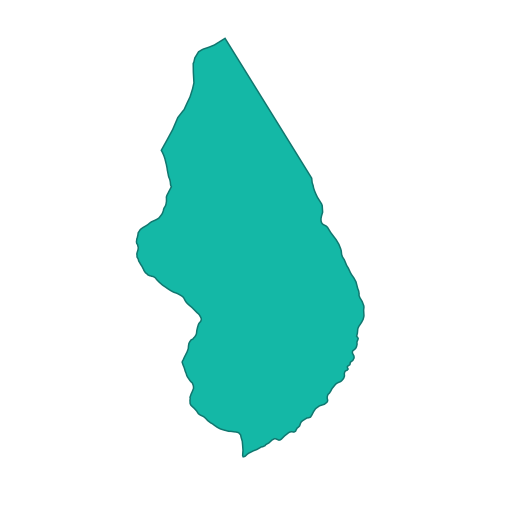 Bhur, Geylegphug, Bhutan, rotated 201°
{"feature_id": "84629894B14718080214922", "entity_name": "Bhur", "entity_type": "district", "adm_level": 2, "iso_a3": "BTN", "parent_name": "Bhutan", "parent_adm1": "Geylegphug", "projection": "mercator", "projection_center": [90.436, 26.926], "detail": "fine", "context": "isolated", "style": "filled", "palette": "teal", "viewbox_px": 512, "rotation_deg": 201, "n_neighbors": 0, "source": "geoboundaries", "source_scale": "gbopen_adm2", "svg_char_len": 5105}
<svg xmlns="http://www.w3.org/2000/svg" viewBox="0 0 512 512"><g transform="rotate(201 256 256)"><path d="M286.9,130.4L285.1,128.2L283.2,126.2L282.3,125.1L280.8,123.1L279.0,121.2L277.8,119.6L276.7,118.6L273.1,116.1L271.5,115.2L270.0,114.7L268.3,112.8L267.6,111.7L266.9,110.1L266.9,108.8L266.9,106.8L267.1,103.8L267.0,101.6L267.0,100.5L266.3,99.3L266.0,97.8L264.6,94.6L263.2,93.3L261.0,92.4L259.2,91.7L258.0,91.1L256.8,90.5L255.5,89.8L254.4,88.9L253.2,88.1L251.8,87.7L250.4,87.5L249.0,87.4L247.6,87.3L246.2,86.9L244.9,86.4L243.6,85.8L242.3,85.1L241.0,84.7L239.6,84.3L238.2,83.9L236.8,83.8L235.4,83.4L234.1,83.0L232.7,82.7L231.3,82.3L229.9,82.1L228.5,81.9L227.1,81.8L225.6,81.9L224.2,82.0L222.8,82.1L221.4,82.3L220.0,82.4L218.5,82.6L217.2,83.1L215.8,83.5L214.4,83.8L213.1,84.1L211.7,84.5L210.3,84.7L208.9,84.8L206.3,83.5L204.8,81.2L202.4,78.1L201.0,75.2L200.1,73.3L198.5,69.9L197.5,66.6L196.9,64.8L196.0,63.9L195.1,64.5L194.3,65.3L193.3,67.5L192.3,69.1L188.5,73.3L185.9,75.6L182.4,79.9L181.4,80.3L179.6,82.2L179.2,83.5L177.0,86.1L175.0,90.1L173.2,92.1L172.0,92.4L168.7,92.3L167.7,92.8L166.7,94.1L164.8,98.4L163.3,100.9L162.3,102.6L161.5,103.6L159.9,104.7L157.5,105.2L156.3,106.6L156.2,108.2L155.9,110.1L155.1,111.4L154.4,113.0L154.5,116.0L154.3,117.3L153.5,118.9L151.8,121.2L150.4,123.0L148.8,123.9L147.4,125.1L146.9,127.5L146.5,131.2L145.7,134.7L145.0,135.9L143.0,138.9L141.0,140.5L139.0,142.1L137.4,144.8L137.2,145.8L137.4,147.1L138.6,148.8L139.1,150.3L139.2,152.5L138.3,154.4L137.8,156.8L137.5,159.5L135.7,164.9L134.5,166.7L133.6,167.6L132.1,169.0L131.4,170.1L130.6,172.2L130.3,173.6L130.4,175.7L131.4,177.8L131.6,179.7L131.3,180.8L130.0,182.0L129.5,183.5L130.6,184.4L131.1,185.7L129.4,188.2L129.8,190.6L128.2,193.2L127.9,196.0L128.7,197.7L131.2,199.9L131.7,201.3L131.6,202.4L130.4,204.2L129.8,205.8L129.7,207.4L130.0,209.7L131.0,212.0L130.9,214.1L131.0,215.5L131.9,216.4L133.3,217.1L133.7,220.3L134.9,224.6L134.8,227.0L133.7,231.8L133.3,235.3L133.6,238.0L133.9,239.1L136.1,244.0L136.9,246.9L137.5,248.1L140.5,251.5L144.3,254.5L145.9,256.4L146.1,257.5L147.6,260.1L149.4,262.1L153.4,267.7L156.8,270.6L160.2,272.9L161.9,274.3L165.4,277.7L167.9,279.6L172.2,284.1L174.9,286.1L176.6,288.1L178.3,291.4L179.5,293.0L182.8,296.6L187.0,299.9L194.7,304.7L199.5,308.4L201.2,309.1L204.7,309.5L205.9,310.0L206.9,310.8L207.9,312.2L208.7,314.1L209.2,316.9L209.5,320.8L212.2,326.7L213.4,328.1L219.8,332.9L222.5,335.5L224.7,337.8L226.6,340.1L227.9,342.2L229.8,344.5L231.9,348.6L276.5,382.5L362.9,448.1L368.6,440.6L369.5,439.4L370.3,438.3L371.3,437.3L372.4,436.3L373.4,435.3L374.4,434.4L375.8,433.2L376.9,432.3L378.0,431.4L379.1,430.5L380.1,429.5L381.0,428.4L381.9,427.2L382.8,426.1L384.1,419.0L383.5,414.9L383.6,413.2L380.3,405.0L376.0,395.4L375.1,389.1L374.6,380.9L375.1,374.6L375.6,366.7L376.1,365.5L378.6,357.3L379.1,344.3L380.6,332.7L382.3,320.7L380.5,319.2L379.5,318.2L378.5,317.2L377.5,316.1L376.6,315.0L375.7,313.9L374.9,312.7L374.1,311.6L373.3,310.4L372.4,309.2L371.7,308.0L370.9,306.8L370.2,305.6L369.5,304.3L368.7,303.1L368.0,301.9L367.2,300.7L366.5,299.5L365.6,298.3L364.6,297.3L363.7,296.2L362.9,295.0L362.2,293.8L361.6,292.5L360.9,291.3L359.8,290.3L360.0,288.9L360.1,287.5L360.3,286.1L360.5,284.6L360.6,283.2L360.8,281.8L360.9,280.4L360.8,278.9L360.2,277.6L359.7,276.3L359.2,275.0L358.9,273.6L358.6,272.1L358.5,270.7L358.7,269.3L359.0,267.9L359.0,266.5L358.7,265.1L358.7,263.6L358.7,262.2L359.0,260.8L359.4,259.4L359.8,258.1L360.2,256.8L361.0,255.6L361.9,254.5L362.9,253.4L363.9,252.4L364.9,251.4L365.9,250.4L366.7,249.2L367.4,248.0L368.1,246.7L368.9,245.6L369.8,244.4L370.7,243.3L371.6,242.2L372.4,241.0L373.2,239.8L373.7,238.5L373.9,237.1L374.3,235.7L374.1,234.5L373.8,233.3L373.6,231.9L373.4,230.6L373.4,229.3L373.1,228.1L372.7,226.4L371.8,224.9L370.6,224.2L370.0,223.1L369.2,222.2L368.7,220.9L368.4,219.5L368.3,218.1L368.2,216.6L368.0,215.2L367.3,213.9L366.7,212.4L365.8,211.7L365.0,211.1L364.3,210.1L363.6,209.2L362.8,208.6L361.2,207.3L360.4,206.6L359.3,205.9L358.3,205.1L357.5,204.3L356.3,203.3L355.3,202.2L353.1,200.7L351.5,200.3L350.5,199.7L349.5,199.6L348.4,199.5L347.0,199.7L345.9,199.7L344.7,200.0L343.3,199.8L342.0,199.5L340.8,198.7L339.9,198.2L338.6,197.6L337.3,197.0L336.0,196.5L334.6,196.0L333.3,195.5L331.9,195.1L330.5,194.8L329.1,194.5L327.7,194.1L326.4,193.8L325.0,193.5L323.6,193.2L322.2,193.0L320.8,192.8L319.3,192.7L317.9,192.8L316.5,192.8L315.1,192.7L313.7,192.5L312.3,192.3L310.8,192.0L309.5,191.6L308.3,190.9L307.2,189.9L306.2,189.0L305.0,188.1L303.8,187.4L302.5,186.8L301.2,186.3L299.8,185.8L298.5,185.4L297.1,184.9L295.8,184.3L294.5,183.7L293.2,183.1L291.9,182.5L290.6,181.9L289.3,181.5L288.0,180.9L286.9,180.0L285.8,179.1L284.8,178.1L284.2,176.8L284.2,175.4L284.6,174.0L285.1,172.7L285.2,171.2L285.1,169.8L285.0,168.4L284.8,167.0L284.6,165.5L284.3,164.2L283.9,162.8L283.7,161.4L283.9,159.9L284.2,158.5L284.8,157.2L285.2,155.8L286.5,154.5L287.1,152.2L287.3,150.3L286.8,147.8L286.1,145.5L286.0,144.0L286.0,142.6L286.0,141.2L286.2,139.8L286.3,138.3L286.5,136.9L286.6,135.7L286.7,134.3L286.7,132.9L287.0,131.4L286.9,130.4Z" fill="#14b8a6" stroke="#0f766e" stroke-width="1.5"/></g></svg>